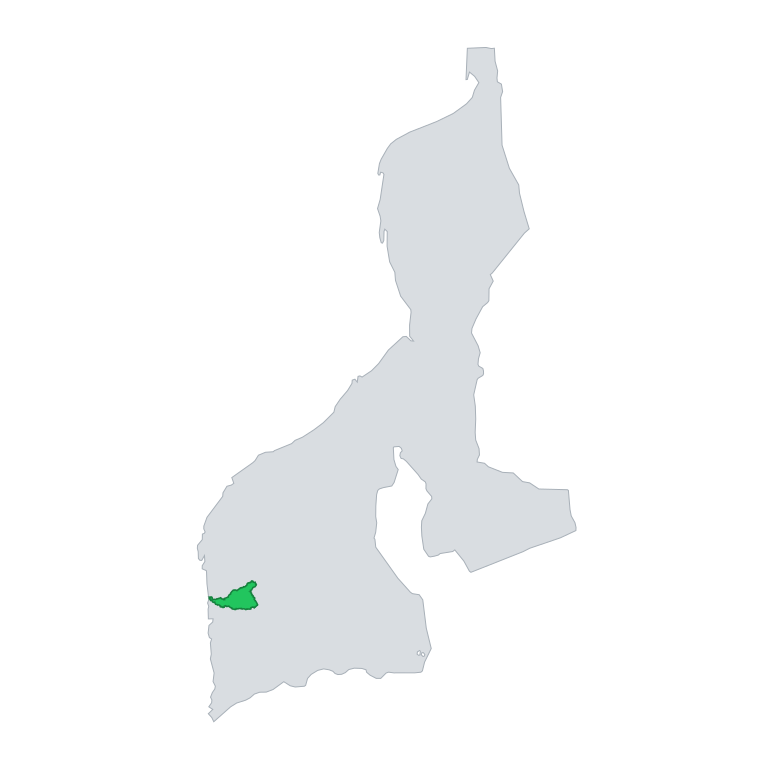 Chiure, Cabo Delgado, Mozambique shown in context, rotated 179°
{"feature_id": "85939544B26812417695120", "entity_name": "Chiure", "entity_type": "district", "adm_level": 2, "iso_a3": "MOZ", "parent_name": "Mozambique", "parent_adm1": "Cabo Delgado", "projection": "robinson", "projection_center": [39.723, -13.545], "detail": "fine", "context": "in_parent", "style": "filled", "palette": "green", "viewbox_px": 768, "rotation_deg": 179, "n_neighbors": 0, "source": "geoboundaries", "source_scale": "gbopen_adm2", "svg_char_len": 9032}
<svg xmlns="http://www.w3.org/2000/svg" viewBox="0 0 768 768"><g transform="rotate(179 384 384)"><path d="M236.1,536.6L241.0,532.4L273.8,493.1L275.8,491.5L273.0,485.0L277.3,477.4L277.7,465.5L279.0,463.6L284.0,459.6L290.9,447.4L295.1,438.0L295.6,433.4L289.2,420.5L287.3,413.6L289.1,407.6L289.7,402.0L288.9,400.2L284.9,397.8L284.3,395.3L284.3,392.4L285.1,390.8L289.8,388.1L290.8,386.7L294.5,371.6L293.1,360.3L292.9,347.4L293.7,334.0L293.3,326.4L290.1,317.7L289.8,311.4L292.0,307.0L292.3,304.4L284.9,303.0L281.1,299.4L267.1,293.6L256.3,292.8L247.2,284.0L240.1,282.6L231.0,276.3L202.5,275.1L201.5,274.4L200.2,255.1L199.1,248.8L195.5,242.0L194.5,237.2L194.7,234.1L210.4,227.1L241.2,217.2L248.0,213.9L300.4,194.2L301.9,195.4L307.2,205.5L316.1,216.9L318.2,215.3L330.8,213.5L332.7,212.0L336.5,211.0L340.9,210.3L342.5,211.0L347.1,218.1L348.8,231.3L349.1,240.2L348.6,246.6L344.9,254.0L342.2,263.3L338.2,268.3L338.3,270.7L342.9,276.3L343.9,278.6L343.7,283.4L344.4,285.4L348.4,288.3L351.5,292.9L363.0,306.3L365.9,308.8L368.2,309.3L369.4,312.0L368.8,315.0L367.0,316.8L367.7,319.3L369.9,321.3L375.1,321.0L375.8,320.1L375.4,308.3L373.5,301.4L371.3,298.2L375.6,285.4L378.0,281.9L386.5,280.4L390.4,279.2L392.1,277.7L393.3,273.6L394.3,262.3L394.6,251.6L393.7,245.3L394.9,235.9L396.7,230.1L395.8,228.9L395.1,221.0L373.5,189.5L361.3,175.4L359.3,173.9L352.5,172.7L349.0,167.5L346.0,139.2L341.4,118.7L348.3,105.2L350.6,96.5L352.1,95.2L358.0,94.7L379.2,95.0L384.5,95.8L386.9,95.0L392.4,89.7L396.9,89.8L403.0,93.1L406.4,96.1L407.0,98.6L411.1,100.0L418.7,100.4L424.2,99.1L427.7,96.1L431.4,94.5L435.2,94.3L438.0,95.4L440.0,97.6L443.8,99.2L449.3,100.2L455.3,98.8L461.9,94.9L465.6,90.9L467.6,84.1L468.9,83.2L478.1,82.6L483.0,83.9L489.4,88.1L500.2,80.5L507.1,78.0L513.7,78.0L519.1,76.2L523.3,72.6L527.8,70.3L536.9,67.6L543.0,63.9L560.1,49.3L562.0,53.5L565.4,57.4L560.9,61.6L564.8,64.3L561.9,68.3L561.6,71.1L562.9,73.9L561.0,78.5L558.5,82.0L557.9,84.8L560.1,89.5L558.9,98.0L562.4,112.2L561.4,116.9L562.1,128.1L560.8,132.1L563.0,133.5L564.2,138.0L563.2,145.7L559.4,149.0L559.0,152.2L563.7,152.2L563.8,162.0L563.1,164.8L564.2,168.1L562.9,171.7L564.5,187.3L564.7,198.7L564.9,200.5L569.0,202.4L568.9,205.5L566.2,209.6L566.5,215.6L569.3,210.8L571.1,210.9L572.6,212.7L572.7,219.6L573.5,223.0L573.2,226.0L568.4,231.6L568.2,237.1L566.3,237.8L565.4,239.2L566.7,242.3L566.6,245.1L563.3,253.8L547.2,274.5L546.9,278.0L542.8,284.5L538.4,285.6L535.9,287.3L537.8,293.1L516.4,307.7L514.2,309.7L510.8,315.0L503.7,317.8L496.0,318.2L494.7,319.3L477.4,326.0L473.9,329.2L466.5,332.2L454.9,339.4L445.4,346.3L434.6,356.7L433.2,362.2L428.1,369.5L420.5,378.1L416.0,385.2L415.7,388.4L413.0,389.3L410.7,386.3L409.8,392.1L407.9,392.5L405.8,391.3L396.2,397.5L389.1,404.4L379.0,417.9L364.3,430.9L360.9,431.2L356.3,426.7L353.7,426.4L357.5,431.3L357.4,442.3L355.7,455.1L355.9,457.9L365.8,471.5L370.7,487.4L371.2,495.5L376.2,506.0L378.5,521.7L378.1,536.4L380.5,538.8L381.3,536.6L381.7,527.5L383.0,524.9L384.3,525.3L385.6,530.3L386.1,535.6L384.3,547.1L384.9,551.7L387.4,559.5L384.6,568.6L380.4,593.6L381.4,595.2L383.7,595.8L384.5,593.1L385.8,593.1L386.5,594.7L384.7,604.5L382.9,608.8L376.6,619.4L373.1,624.0L367.4,628.4L353.9,635.4L327.0,645.4L310.0,653.3L296.6,662.7L290.7,669.0L288.4,676.2L283.9,683.7L288.0,690.0L293.1,694.4L295.4,687.0L296.7,686.9L294.8,718.2L276.2,718.7L270.8,717.5L267.8,717.8L267.3,704.7L264.9,695.0L265.7,688.0L265.4,684.2L261.4,681.8L260.3,674.3L262.4,668.5L261.8,620.7L254.9,597.5L245.8,580.7L245.2,572.4L241.0,553.9L236.1,536.6ZM353.0,116.9L355.3,115.6L355.6,113.3L354.1,112.1L352.9,112.4L352.3,116.1L353.0,116.9ZM351.5,112.6L349.7,110.8L348.4,111.3L347.9,112.8L349.3,114.7L350.8,114.7L351.5,112.6Z" fill="#d9dde1" stroke="#a8b0b8" stroke-width="1"/><path d="M522.4,161.2L521.5,161.3L521.6,161.6L521.4,162.0L521.1,162.3L520.9,162.2L520.9,162.8L520.4,163.0L519.9,163.0L519.6,163.1L519.3,163.1L519.2,163.3L519.0,163.2L518.9,163.1L518.5,163.0L518.4,162.9L518.1,163.1L517.8,162.6L517.7,162.5L517.5,162.9L517.2,163.1L516.8,163.1L516.8,163.3L516.7,163.3L516.2,163.6L516.0,163.9L515.6,164.1L515.4,164.4L514.9,164.7L514.8,164.9L514.4,165.0L514.2,165.4L514.2,165.5L514.4,165.6L514.5,166.1L514.6,166.4L514.9,166.7L515.1,167.5L515.8,168.6L516.0,169.1L516.3,169.3L516.4,169.7L516.8,169.7L516.9,170.1L517.0,170.3L517.1,170.5L517.5,170.9L517.6,171.0L517.4,171.5L517.0,171.9L517.1,172.1L517.3,172.2L517.1,172.5L517.4,172.8L517.8,172.9L517.9,173.1L518.4,173.1L518.5,173.4L518.4,174.2L518.7,174.7L518.9,174.7L518.9,174.9L519.0,175.0L519.4,175.1L519.5,175.0L519.7,175.3L519.6,175.6L519.6,175.8L519.8,175.9L519.8,176.2L520.1,176.4L520.1,176.5L520.3,176.8L520.2,177.1L520.5,177.2L520.5,177.5L520.7,177.9L520.8,178.1L520.8,178.3L520.7,178.4L520.8,178.5L521.1,178.6L520.8,178.7L520.8,179.0L521.0,179.3L521.0,179.6L521.2,179.9L521.2,180.0L520.7,180.0L519.9,180.4L519.4,181.5L519.0,181.9L518.7,182.8L518.0,183.1L516.5,183.5L516.4,183.7L516.2,184.0L515.8,184.4L515.6,184.8L515.4,184.9L515.4,185.0L515.4,185.6L515.6,185.8L515.4,185.9L515.5,186.0L515.8,186.3L515.8,186.7L515.7,186.8L516.0,187.1L516.1,187.5L516.4,187.7L516.4,188.0L516.9,187.8L517.1,187.9L517.3,188.0L517.6,188.0L517.9,188.3L518.2,188.1L518.4,188.5L518.6,188.6L518.7,188.8L518.6,189.0L518.7,189.3L519.1,189.3L519.6,189.4L519.7,189.1L520.1,189.1L520.2,188.9L520.3,188.3L520.4,188.2L520.7,188.2L520.8,188.0L521.1,188.0L521.2,187.7L521.3,187.7L521.5,187.6L521.8,187.8L522.1,187.6L522.5,187.4L522.8,187.6L523.2,187.6L523.5,187.4L523.4,187.3L523.5,187.2L523.9,187.0L524.0,186.7L524.3,186.6L524.3,186.3L524.5,186.2L524.6,185.9L524.6,185.4L524.7,185.1L524.9,184.9L525.4,184.8L525.5,184.6L526.0,184.3L526.2,183.9L526.7,183.8L526.8,183.7L527.1,183.6L527.4,183.7L527.7,183.8L527.9,183.5L528.2,183.6L528.5,183.3L528.6,183.1L529.0,182.8L529.6,182.9L529.8,182.9L529.9,182.7L530.1,182.6L530.4,182.8L530.7,182.6L530.9,182.7L531.1,182.7L531.3,182.6L531.4,182.3L531.7,182.2L531.8,181.9L532.0,181.7L532.8,181.5L533.3,181.1L533.4,180.8L533.9,180.6L534.3,180.4L534.4,180.1L534.6,179.9L534.9,180.0L535.2,180.3L535.4,180.3L535.8,180.6L536.0,180.5L536.4,180.6L536.6,180.6L536.8,180.7L537.3,180.5L537.4,180.4L537.7,180.6L538.3,180.6L538.5,180.4L538.6,180.2L538.8,180.0L539.1,179.7L539.4,179.5L539.8,179.1L540.1,178.8L540.5,178.1L541.0,177.7L541.1,177.4L541.0,177.2L541.0,176.7L541.5,176.5L541.6,176.3L541.8,176.3L542.0,176.2L542.7,175.7L543.0,175.1L543.4,174.3L543.4,173.9L543.4,173.7L544.2,173.6L544.5,173.4L544.8,173.2L545.2,173.1L546.2,172.7L546.9,172.5L547.2,172.5L547.4,172.4L547.5,172.2L547.5,171.9L547.1,171.2L547.7,171.1L548.3,171.2L548.4,171.3L548.6,171.7L548.7,171.8L549.3,171.8L550.0,172.0L550.1,172.3L550.4,172.3L550.5,172.5L550.8,173.0L551.0,173.2L551.3,173.2L551.5,173.0L551.8,172.7L552.4,172.7L552.7,172.5L552.9,172.5L553.4,172.5L553.7,172.2L554.1,172.0L554.7,172.2L554.9,172.1L555.2,172.0L555.3,171.8L555.6,171.7L555.8,171.6L556.0,171.5L556.2,171.4L556.6,171.5L557.0,171.7L557.5,171.6L557.9,171.6L558.3,171.4L558.8,171.8L559.0,172.0L559.3,172.0L559.5,172.1L559.5,172.3L559.5,172.8L559.5,173.2L559.6,173.5L559.8,173.6L559.9,173.9L560.2,173.9L560.6,174.2L561.1,173.8L561.5,173.9L561.7,174.0L561.9,173.6L562.2,173.6L562.2,173.8L562.3,173.8L562.2,173.7L562.2,173.3L562.5,172.3L562.3,172.2L562.0,172.4L561.8,172.2L561.6,172.3L561.5,172.1L561.4,172.0L561.4,171.9L561.8,171.7L561.7,171.4L561.4,171.2L561.2,170.9L561.2,170.7L560.9,170.4L560.5,170.5L560.2,170.7L559.7,170.4L559.6,170.0L559.4,169.8L559.3,169.2L558.5,168.6L558.1,168.6L557.6,168.8L557.4,168.8L557.1,168.9L557.0,168.5L556.9,168.3L556.9,168.1L556.7,167.9L556.7,167.7L556.6,167.3L556.3,167.0L556.2,166.7L555.6,166.5L555.2,166.4L554.9,166.4L554.4,166.2L554.2,166.3L554.1,166.2L554.0,165.9L553.7,166.1L553.3,166.0L552.9,166.0L552.7,165.8L552.1,165.6L551.8,165.1L551.6,165.0L551.6,164.9L551.8,164.6L551.7,164.4L551.4,164.7L551.1,164.7L550.9,164.2L550.8,163.9L550.4,163.8L550.0,164.0L549.4,163.9L549.3,163.7L549.2,163.5L549.0,163.3L548.6,163.4L548.2,163.4L548.0,163.5L547.9,163.6L547.7,163.6L547.7,163.8L548.0,164.0L547.8,164.3L547.7,164.6L547.0,164.7L546.8,164.9L546.7,165.1L546.4,165.1L546.2,164.7L545.9,164.6L545.7,164.4L545.2,164.6L545.1,164.3L544.6,164.4L544.4,164.3L543.9,164.4L543.5,164.3L543.3,164.4L543.1,164.6L542.9,164.4L542.6,164.4L542.2,163.8L542.0,163.5L541.5,163.3L541.4,163.1L541.2,163.0L540.8,162.9L540.7,162.8L540.5,162.6L540.3,162.7L540.2,162.8L539.9,162.6L540.0,162.1L539.8,161.8L539.6,161.8L539.3,161.6L539.0,161.7L538.1,161.4L537.6,161.5L537.3,161.2L537.0,161.3L536.8,161.1L536.5,161.3L536.3,161.2L536.1,161.2L535.8,161.8L535.7,162.0L535.5,161.8L534.9,161.6L534.7,161.8L534.3,161.9L534.2,161.9L533.7,161.7L533.3,162.0L533.1,162.1L532.6,162.0L532.4,162.1L531.5,162.0L531.1,161.8L531.0,162.1L530.8,162.1L530.6,162.1L530.3,162.1L530.2,161.8L530.0,161.6L529.7,161.4L529.2,161.6L528.7,161.6L528.3,161.7L527.9,161.7L527.3,161.4L527.1,161.5L526.7,161.3L526.4,161.0L526.0,160.8L525.7,161.0L525.3,161.2L525.2,161.4L524.9,161.3L524.8,161.5L524.5,161.5L524.3,161.2L523.9,161.2L523.7,161.3L523.3,161.4L522.4,161.2Z" fill="#22c55e" stroke="#15803d" stroke-width="1.5"/></g></svg>